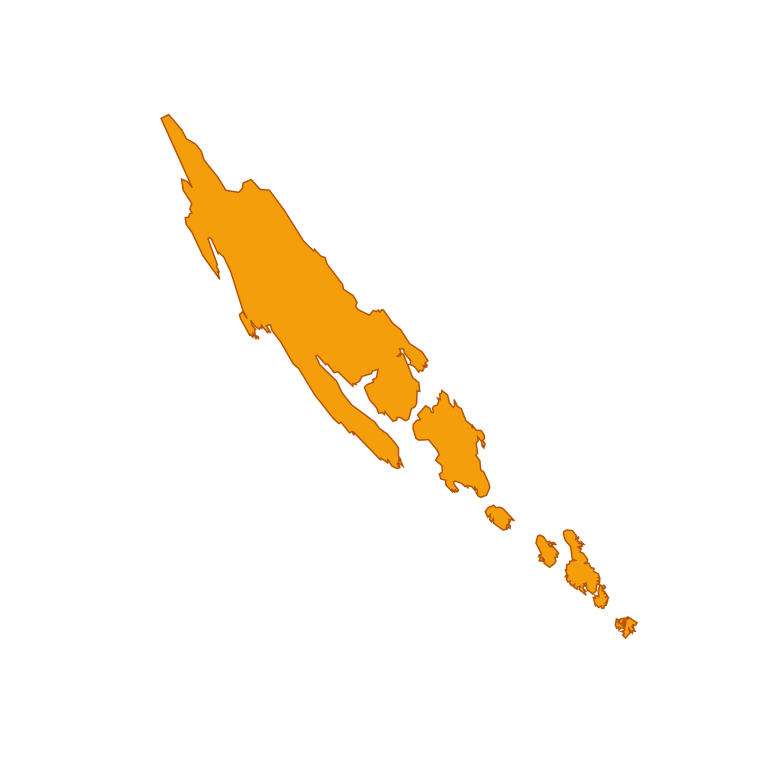 outline of Askvoll nor, Sogn og Fjordane, Norway, rotated 238°
{"feature_id": "86288312B32892511897079", "entity_name": "Askvoll nor", "entity_type": "district", "adm_level": 2, "iso_a3": "NOR", "parent_name": "Norway", "parent_adm1": "Sogn og Fjordane", "projection": "equal_earth", "projection_center": [4.992, 61.38], "detail": "fine", "context": "isolated", "style": "filled", "palette": "amber", "viewbox_px": 768, "rotation_deg": 238, "n_neighbors": 0, "source": "geoboundaries", "source_scale": "gbopen_adm2", "svg_char_len": 6087}
<svg xmlns="http://www.w3.org/2000/svg" viewBox="0 0 768 768"><g transform="rotate(238 384 384)"><path d="M727.4,335.7L651.9,325.4L660.1,324.4L665.0,320.9L654.8,316.4L639.1,316.6L635.1,312.0L630.9,311.7L631.2,309.3L629.0,306.6L630.4,303.6L624.5,300.9L614.3,301.5L588.8,298.4L559.8,300.2L567.9,302.5L565.9,302.9L567.0,303.8L572.4,304.1L573.5,305.9L600.4,311.7L600.8,313.0L599.5,314.5L582.5,312.4L583.2,313.5L576.4,315.4L560.2,313.5L521.8,303.5L512.0,302.8L520.3,302.3L519.4,298.1L515.5,297.0L495.7,295.9L497.2,296.8L493.2,297.6L496.2,299.8L490.4,299.5L491.1,301.0L488.3,301.6L491.0,302.3L493.4,300.6L498.2,302.7L498.3,304.2L503.4,303.1L508.8,304.9L502.2,305.0L496.6,307.2L497.6,309.0L496.0,309.9L498.7,311.2L489.2,312.6L490.3,314.3L487.1,314.9L495.7,315.3L494.7,319.0L488.6,317.4L474.8,318.7L449.2,317.7L442.0,319.9L411.6,319.5L381.4,322.8L374.3,324.8L374.1,327.4L360.8,328.9L360.6,331.8L356.4,331.3L359.0,332.8L322.7,340.5L321.5,341.1L322.6,342.2L315.1,345.4L318.5,347.2L309.9,347.3L305.6,350.2L304.9,352.2L307.3,352.7L304.1,353.0L308.7,354.2L308.0,353.1L309.2,352.9L309.8,354.4L304.3,356.5L309.7,357.4L311.0,355.8L312.9,357.1L310.5,358.2L315.1,358.1L321.9,362.3L327.4,362.2L340.0,360.2L348.7,356.5L356.5,356.1L383.6,345.4L398.9,343.8L411.7,345.3L434.2,339.8L443.9,340.9L443.4,342.9L431.2,344.8L430.7,346.8L420.1,347.7L418.8,351.4L398.6,356.4L400.8,358.0L398.4,359.9L399.6,360.0L399.3,364.7L402.1,369.4L399.5,378.7L401.1,381.4L399.6,386.6L393.3,381.0L393.6,376.6L391.2,376.2L392.4,369.4L391.5,365.5L378.3,363.4L367.7,365.1L362.0,363.9L360.8,367.1L357.8,368.2L360.0,370.2L347.5,371.9L346.7,375.8L348.8,377.2L347.0,380.0L341.4,382.9L341.2,386.4L348.5,394.1L348.3,398.2L350.4,401.5L360.6,408.3L358.8,410.4L366.7,414.3L374.2,411.7L387.2,414.2L386.8,415.8L388.1,414.2L398.9,416.2L400.7,414.8L399.2,412.8L400.4,410.3L401.8,415.1L405.5,415.7L403.3,419.1L399.8,417.8L389.5,418.9L386.6,416.6L382.5,419.1L375.7,419.7L376.4,421.7L374.6,423.6L376.4,426.8L378.5,426.9L376.9,428.0L379.2,428.2L376.0,429.2L376.8,430.4L380.1,430.0L380.5,433.6L391.1,433.3L404.7,427.1L421.1,426.9L430.6,423.6L447.0,422.7L448.2,421.3L447.2,418.5L449.7,418.5L449.5,416.1L452.0,413.8L450.2,408.0L461.1,401.3L465.0,401.1L467.2,404.3L475.3,404.7L485.7,399.8L490.3,401.6L515.9,399.3L522.4,401.0L526.2,398.1L535.0,396.5L534.0,394.8L547.8,391.5L583.7,391.5L609.1,389.5L614.6,382.1L627.8,379.7L629.1,371.1L625.0,367.7L623.5,362.3L632.0,352.5L647.3,352.7L669.5,350.1L678.2,352.4L687.4,351.3L696.6,346.4L706.7,347.1L726.6,344.2L727.4,335.7ZM273.4,381.9L269.7,385.3L265.9,382.9L255.3,385.1L259.3,385.6L254.8,386.8L256.5,388.4L253.8,388.7L254.4,390.9L262.6,390.2L264.1,391.3L263.7,393.1L258.4,397.3L254.0,398.4L254.0,400.1L250.8,399.9L253.3,400.9L250.7,404.0L244.4,404.9L248.0,406.2L244.6,406.9L241.0,405.0L243.6,404.6L238.7,404.6L236.6,405.9L235.4,412.0L240.2,418.9L244.2,420.3L256.4,422.0L259.9,420.5L268.1,424.6L274.8,424.0L275.8,426.8L284.8,430.6L286.1,433.9L289.5,435.4L283.5,436.2L279.3,434.3L277.2,434.8L278.7,435.6L277.8,436.2L279.9,438.1L283.9,437.7L284.6,440.5L288.5,442.0L293.2,441.6L295.8,437.7L301.7,437.1L299.4,435.6L302.8,436.4L309.6,434.0L322.1,436.5L326.1,434.5L333.8,435.2L328.2,432.5L327.4,430.3L333.6,429.5L340.9,432.1L347.9,429.6L345.6,427.6L346.1,425.9L341.1,423.5L343.6,421.9L340.9,421.8L337.8,417.9L338.8,414.5L337.6,412.2L333.9,411.0L334.5,409.2L339.3,410.0L343.5,407.8L339.9,396.0L334.4,396.1L335.8,392.5L334.3,387.6L330.7,384.9L320.8,382.3L317.9,383.8L313.2,392.3L299.2,394.0L294.9,393.3L292.1,387.5L283.8,389.8L278.5,386.7L278.3,383.2L273.4,381.9ZM116.0,435.7L113.0,436.5L113.2,439.5L111.1,437.4L107.7,438.9L109.3,440.6L108.4,443.3L106.6,440.6L97.9,443.5L102.6,444.3L101.7,445.3L105.1,444.5L106.9,446.1L105.7,448.2L108.6,447.4L108.1,449.8L102.0,447.3L95.1,449.8L96.1,454.0L101.5,458.7L100.3,459.8L101.7,462.0L104.3,460.0L103.0,462.4L104.3,463.9L106.2,463.0L105.9,464.4L109.7,465.1L113.9,462.4L116.3,464.4L118.8,462.2L123.4,462.7L126.0,458.2L125.4,462.1L127.3,463.7L135.1,463.2L137.5,461.2L140.1,463.6L142.9,462.1L142.4,464.3L140.8,464.3L142.3,465.2L141.5,466.5L143.4,466.7L142.2,468.5L145.5,467.6L143.8,466.7L145.6,464.7L146.2,466.1L148.8,464.7L150.4,467.7L151.5,467.5L150.9,464.4L153.5,466.7L159.8,466.1L163.3,461.8L163.5,458.3L161.8,456.7L155.3,454.9L147.1,456.1L135.6,450.8L133.2,452.7L135.2,447.5L133.1,445.7L134.0,443.3L129.6,440.3L130.3,439.3L123.9,438.0L125.3,437.2L124.4,435.6L123.5,437.8L121.7,435.1L118.6,435.1L118.1,437.5L116.0,435.7ZM151.8,421.9L149.5,424.9L153.5,426.4L150.0,426.8L147.4,424.8L140.8,427.3L141.5,433.7L142.9,436.1L146.4,437.0L145.3,439.4L148.2,440.1L147.0,440.6L148.1,442.5L157.7,441.0L159.0,441.8L156.9,444.6L159.2,444.3L160.7,442.3L157.7,440.7L159.5,439.4L157.1,439.8L158.4,438.5L161.1,438.5L160.6,440.8L162.9,441.0L163.4,438.4L170.0,438.3L173.5,435.9L173.4,433.5L168.6,428.6L157.4,427.6L155.5,426.5L156.7,425.2L155.6,423.6L154.4,425.1L151.8,421.9ZM213.0,401.7L209.9,402.1L212.1,405.3L207.7,403.3L197.0,407.6L196.1,410.5L197.2,411.7L195.1,411.5L197.3,412.7L194.8,414.5L197.2,416.0L199.3,413.0L199.0,415.8L200.9,416.8L199.2,416.8L202.3,418.0L201.0,418.3L202.1,420.0L198.9,422.1L214.6,419.1L217.8,417.4L219.8,413.5L223.1,412.7L224.0,407.0L222.1,402.2L215.9,401.5L216.9,405.0L213.0,401.7ZM56.8,452.4L53.5,451.9L53.8,454.3L50.7,452.9L51.8,455.8L49.3,458.2L47.6,457.3L48.3,454.2L46.7,455.5L44.8,455.3L44.9,453.5L40.6,454.1L42.6,461.1L46.7,461.5L47.2,462.3L41.8,461.8L44.3,462.6L41.2,462.6L42.7,464.1L41.3,466.0L47.5,465.8L45.6,466.8L47.8,467.4L46.1,469.3L47.3,472.1L57.3,467.4L57.0,464.6L55.5,466.6L55.6,462.2L53.4,462.6L49.8,459.1L55.2,462.0L51.9,458.4L56.2,457.4L54.5,458.7L57.9,463.8L59.5,459.8L56.9,456.4L59.3,456.4L58.1,457.0L59.2,458.5L61.6,456.6L56.8,452.4ZM92.0,448.3L83.9,445.8L84.1,447.1L80.7,447.5L80.6,450.5L78.3,449.8L77.4,452.0L79.3,453.1L78.6,455.1L81.4,458.4L81.6,457.6L80.5,455.8L80.6,455.6L83.7,461.1L85.4,461.0L85.8,458.2L86.3,461.2L89.5,461.1L89.3,459.0L90.4,461.2L93.4,459.6L96.2,461.6L93.5,461.6L94.1,464.1L96.9,463.8L96.5,461.8L99.3,460.8L94.8,455.8L89.8,453.5L93.0,450.9L90.3,450.0L92.0,448.3Z" fill="#f59e0b" stroke="#b45309" stroke-width="1.5"/></g></svg>